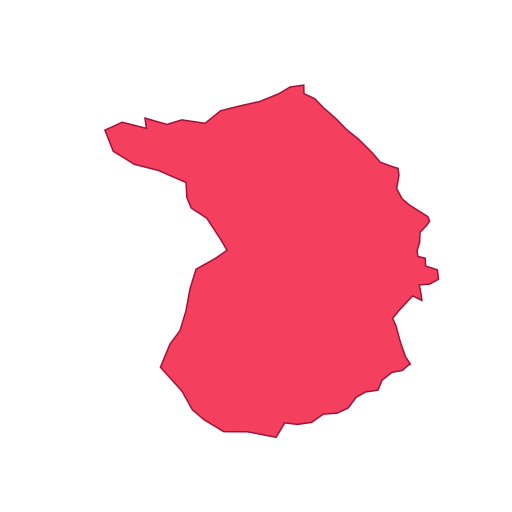 Choulou, Paphos, Cyprus (Equal Earth projection), rotated 107°
{"feature_id": "46923920B92618360089524", "entity_name": "Choulou", "entity_type": "district", "adm_level": 2, "iso_a3": "CYP", "parent_name": "Cyprus", "parent_adm1": "Paphos", "projection": "equal_earth", "projection_center": [32.556, 34.871], "detail": "fine", "context": "isolated", "style": "filled", "palette": "rose", "viewbox_px": 512, "rotation_deg": 107, "n_neighbors": 0, "source": "geoboundaries", "source_scale": "gbopen_adm2", "svg_char_len": 1228}
<svg xmlns="http://www.w3.org/2000/svg" viewBox="0 0 512 512"><g transform="rotate(107 256 256)"><path d="M130.7,145.8L130.7,150.9L130.0,164.5L123.4,174.8L114.1,192.5L108.9,205.8L100.9,220.5L94.3,235.3L88.5,245.5L86.7,257.6L78.6,260.3L84.5,272.9L94.0,281.5L107.0,297.4L116.8,314.7L127.4,332.3L144.0,343.5L147.5,366.7L156.2,379.7L156.6,402.5L166.0,398.2L167.2,423.1L179.5,436.9L179.8,437.3L197.6,423.1L203.9,399.0L202.7,374.5L206.2,344.4L220.4,339.2L229.1,331.9L234.2,314.2L249.9,295.3L259.0,285.4L270.0,294.0L286.2,309.5L306.7,309.5L329.5,306.9L349.6,306.9L365.4,312.5L390.3,314.9L404.3,291.6L406.9,287.3L421.7,271.8L427.8,257.7L429.8,249.9L433.4,235.5L426.6,212.7L423.5,183.7L407.2,179.8L404.9,167.1L398.9,154.2L387.5,145.4L382.7,132.7L374.4,123.4L361.8,118.9L354.0,111.5L348.7,100.2L337.9,99.1L327.5,92.0L322.7,82.6L316.7,79.0L314.3,76.8L308.6,83.6L296.2,92.7L282.3,101.4L275.7,107.1L265.4,102.9L248.4,94.6L250.0,84.4L249.4,84.6L242.8,87.7L235.9,91.4L232.1,81.7L224.8,74.7L216.2,78.5L216.0,90.9L208.6,93.5L209.1,101.0L204.0,103.5L195.1,103.5L185.4,106.1L177.4,102.0L171.9,100.1L168.1,103.3L165.2,113.9L162.3,124.5L158.6,133.0L150.4,141.2L136.9,142.9L130.7,145.8Z" fill="#f43f5e" stroke="#9f1239" stroke-width="1.5"/></g></svg>